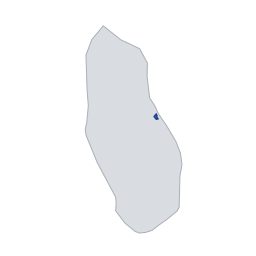 68, Al Daayen, Qatar (highlighted), rotated 342°
{"feature_id": "91078587B27040506800660", "entity_name": "68", "entity_type": "district", "adm_level": 2, "iso_a3": "QAT", "parent_name": "Qatar", "parent_adm1": "Al Daayen", "projection": "equal_earth", "projection_center": [51.494, 25.372], "detail": "fine", "context": "in_parent", "style": "filled", "palette": "blue", "viewbox_px": 256, "rotation_deg": 342, "n_neighbors": 0, "source": "geoboundaries", "source_scale": "gbopen_adm2", "svg_char_len": 731}
<svg xmlns="http://www.w3.org/2000/svg" viewBox="0 0 256 256"><g transform="rotate(342 128 128)"><path d="M136.4,227.1L127.5,229.8L119.2,232.8L112.2,232.7L106.6,231.5L102.9,228.7L95.7,217.5L90.7,203.0L93.8,195.0L94.9,189.9L88.1,151.8L85.9,122.5L86.7,116.5L90.7,109.6L97.2,94.4L100.7,79.7L110.5,45.8L120.8,32.8L136.0,23.2L148.4,41.9L163.6,56.2L166.5,72.2L162.0,85.2L157.9,106.0L160.4,115.5L161.3,123.8L165.4,137.6L169.4,155.7L170.1,168.2L167.9,179.8L162.6,189.6L152.2,219.1L149.1,222.1L136.4,227.1Z" fill="#d9dde1" stroke="#a8b0b8" stroke-width="1"/><path d="M159.3,125.3L159.1,123.5L156.4,125.2L157.6,128.4L159.3,128.5L159.1,127.8L158.9,126.1L159.3,125.4L159.3,125.3Z" fill="#3b82f6" stroke="#1e3a8a" stroke-width="1.5"/></g></svg>